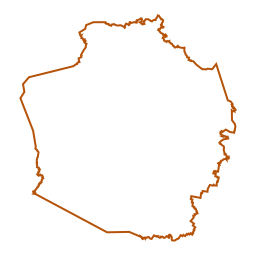 Central Highlands (Tas.), Tasmania, Australia (Mercator projection)
{"feature_id": "25037944B68362175930798", "entity_name": "Central Highlands (Tas.)", "entity_type": "district", "adm_level": 2, "iso_a3": "AUS", "parent_name": "Australia", "parent_adm1": "Tasmania", "projection": "mercator", "projection_center": [146.609, -42.197], "detail": "fine", "context": "isolated", "style": "outline", "palette": "amber", "viewbox_px": 256, "rotation_deg": 0, "n_neighbors": 0, "source": "geoboundaries", "source_scale": "gbopen_adm2", "svg_char_len": 5772}
<svg xmlns="http://www.w3.org/2000/svg" viewBox="0 0 256 256"><path d="M149.9,21.3L150.2,20.9L150.0,20.3L148.1,19.2L145.7,19.3L145.2,20.2L144.3,20.7L143.6,21.5L143.8,22.3L144.2,22.3L144.1,23.4L144.4,23.9L143.6,24.2L143.0,23.9L142.6,24.2L142.4,23.7L141.3,23.6L141.2,23.1L139.9,22.3L141.1,22.2L142.0,19.5L141.6,18.4L140.7,18.4L140.0,19.1L138.2,20.0L136.8,20.2L136.0,21.7L137.0,22.2L136.7,22.7L134.0,22.2L131.5,22.9L130.4,22.2L129.7,22.1L129.5,22.4L129.8,23.5L129.3,23.8L129.6,24.0L129.5,24.5L129.0,25.0L129.3,25.8L128.4,24.6L126.1,23.6L125.4,24.6L125.4,25.1L124.9,26.0L124.9,27.5L125.3,28.3L124.3,27.5L123.7,26.6L120.4,25.2L117.6,25.6L115.2,24.9L113.9,24.0L113.1,24.5L112.0,24.4L111.5,24.9L111.3,25.7L109.4,25.2L108.9,24.9L109.0,24.3L108.6,24.0L106.0,23.7L105.3,23.0L105.7,22.5L105.1,22.2L93.4,22.2L86.2,25.1L85.2,28.9L79.4,32.4L79.8,34.0L80.2,34.2L80.2,34.7L80.7,35.4L80.3,35.1L80.3,35.4L80.8,36.1L81.1,35.9L80.9,36.3L82.2,37.9L81.8,38.2L82.7,38.5L82.9,39.1L83.8,39.9L83.6,40.1L83.8,40.5L84.2,40.4L84.2,40.0L83.9,39.9L84.2,39.7L84.0,39.4L84.8,39.4L84.8,39.9L84.6,40.0L85.0,40.4L84.8,40.4L84.9,40.8L84.4,40.6L84.6,41.2L84.2,40.9L84.0,41.2L84.3,42.4L86.3,43.8L86.1,43.9L85.7,47.4L83.6,50.3L81.0,55.0L81.2,55.8L81.5,55.9L81.1,56.7L81.3,57.1L78.6,58.4L79.0,60.3L78.8,60.7L79.5,62.0L79.1,62.2L78.8,61.8L77.0,63.3L77.1,64.0L75.3,64.6L74.8,65.3L73.4,65.9L73.3,66.2L29.0,77.2L23.0,84.2L24.4,91.9L20.4,98.2L33.1,130.7L35.8,146.9L35.4,148.3L35.7,149.1L37.0,149.9L37.4,151.0L38.0,151.3L38.5,152.3L37.8,157.1L37.2,157.7L37.1,159.0L36.7,159.9L37.1,162.8L36.8,162.9L37.1,163.4L36.8,164.4L37.2,165.7L37.0,167.2L38.8,167.7L39.0,168.2L38.7,168.9L39.8,169.4L39.1,170.3L39.4,171.1L39.2,171.6L38.2,172.0L38.4,173.3L37.8,173.5L37.2,174.4L38.4,175.6L38.8,175.2L39.6,175.4L40.3,174.7L40.9,175.4L41.9,175.2L42.4,175.5L42.3,176.2L43.0,177.1L42.8,177.6L43.0,177.9L42.3,178.0L43.0,179.5L42.7,179.2L41.7,179.9L41.8,180.5L41.2,181.7L41.6,181.8L41.6,182.2L40.7,183.1L40.2,182.9L40.1,183.4L39.6,183.3L39.4,183.8L38.8,184.1L38.5,185.4L38.9,185.3L38.5,186.3L37.9,187.1L37.2,187.2L36.3,189.2L35.4,189.8L35.0,191.1L34.7,190.9L33.1,191.5L33.5,192.8L34.5,192.3L35.2,192.9L34.8,193.4L34.1,193.3L33.6,193.7L35.4,194.0L107.1,232.3L129.2,231.9L140.0,236.5L140.4,236.6L140.4,236.1L141.2,236.7L141.1,237.0L142.1,237.6L142.0,238.4L142.6,239.0L142.8,238.8L142.6,238.1L142.9,237.7L143.9,238.6L144.2,238.5L143.9,238.0L144.8,237.5L145.6,237.8L145.7,238.2L146.0,237.6L147.1,237.6L148.1,236.9L149.0,237.2L149.9,238.5L151.6,238.9L154.0,235.4L154.9,236.0L156.5,236.1L155.9,236.4L156.2,236.6L157.7,236.3L158.3,237.1L159.5,237.4L159.8,237.8L160.3,237.7L160.7,236.9L161.1,237.2L161.7,236.7L162.5,236.6L163.6,237.8L164.4,237.8L165.3,237.4L166.6,236.1L167.6,236.6L168.9,237.8L169.4,237.1L168.6,236.2L168.6,235.7L169.1,234.9L169.8,234.6L170.4,235.0L171.6,236.7L171.8,237.7L171.6,239.0L172.0,240.3L173.9,240.6L175.0,240.4L177.4,238.8L178.4,238.7L180.8,235.1L182.5,236.2L183.4,234.9L185.1,236.1L186.6,234.1L187.4,234.7L188.3,233.6L189.5,234.5L190.5,233.2L192.2,234.7L193.2,233.1L192.6,232.7L194.1,230.7L193.7,230.4L194.3,229.5L193.9,229.2L195.3,227.3L192.8,225.5L194.0,223.7L190.6,221.1L193.6,217.7L193.3,215.7L194.7,215.6L195.5,214.4L195.1,214.1L197.5,213.4L197.3,212.9L196.9,213.1L196.6,212.2L197.1,212.1L196.9,211.4L196.6,211.5L195.8,208.8L195.2,209.0L194.4,208.5L194.5,207.3L193.7,207.1L193.8,206.6L192.4,206.0L193.0,202.7L191.8,202.5L192.4,199.5L190.8,199.2L191.3,196.2L200.5,197.9L201.2,193.0L202.2,193.2L202.6,191.0L207.5,191.7L207.8,188.8L209.8,185.0L213.1,185.6L213.7,184.8L214.2,185.4L216.7,185.6L216.7,183.7L217.1,181.6L217.7,181.8L218.8,177.6L217.3,177.4L217.4,176.7L215.3,176.3L215.7,174.0L214.4,173.7L215.1,173.2L213.4,172.9L213.6,172.2L214.1,171.2L214.9,171.4L215.0,171.0L218.1,171.6L219.0,165.2L219.5,165.1L218.8,164.0L219.5,163.6L219.0,163.2L218.4,163.6L218.1,163.3L219.6,162.4L219.8,162.7L220.7,162.5L221.0,160.8L222.2,160.5L223.9,159.1L226.0,159.0L226.6,159.7L226.4,157.9L227.3,157.9L228.2,158.7L228.8,158.3L228.9,157.8L228.5,157.4L228.6,156.6L227.0,156.8L226.0,154.8L225.1,154.6L225.4,154.0L224.6,153.8L224.9,153.3L224.3,152.5L224.0,150.6L223.6,149.9L224.1,147.5L223.7,146.3L221.1,144.5L221.1,144.1L219.8,143.7L219.4,142.6L221.3,140.8L223.5,139.4L228.2,138.5L227.6,136.7L226.2,137.0L224.1,136.4L223.4,136.8L222.8,136.6L224.7,136.1L220.7,134.6L221.0,132.9L220.3,132.8L220.5,131.8L221.7,131.0L222.4,132.0L225.8,129.6L230.0,132.0L234.2,132.7L234.4,130.6L234.7,130.6L235.4,126.6L235.0,124.3L232.0,120.1L231.8,110.5L232.8,111.5L233.9,110.9L234.5,111.3L234.4,110.5L235.3,111.1L234.8,110.4L235.6,109.9L233.9,107.5L233.0,108.0L232.1,106.4L232.7,106.1L231.7,104.7L232.6,104.1L230.8,101.6L227.8,100.3L216.2,64.1L212.2,69.2L207.6,68.7L206.0,69.5L204.4,69.1L202.4,69.3L196.3,64.6L193.4,61.3L190.6,60.9L190.7,60.3L188.6,60.0L189.0,57.6L187.1,57.3L186.8,55.7L185.5,54.4L185.4,53.4L184.5,51.7L184.3,49.1L184.6,47.9L184.4,47.6L183.5,47.9L180.8,47.7L178.8,47.0L177.9,45.9L177.4,46.5L177.6,46.9L177.5,47.1L176.7,46.6L175.6,47.4L174.6,47.5L173.8,46.0L173.2,45.9L172.8,45.4L172.2,44.0L171.1,43.7L170.6,42.9L169.6,42.5L169.4,41.2L168.9,41.6L168.5,41.2L167.0,41.1L166.7,41.7L166.4,41.3L165.4,41.4L164.1,40.6L164.2,39.9L163.9,39.4L163.4,38.4L162.7,38.1L162.9,37.5L164.1,36.6L165.5,37.0L165.9,36.1L166.6,36.2L166.6,35.8L165.4,34.4L163.8,35.2L163.0,34.8L162.9,33.8L160.7,32.9L160.2,31.9L159.6,31.7L159.0,30.3L158.4,30.1L158.6,29.8L158.0,28.7L159.2,29.5L159.9,29.2L160.7,27.7L161.9,27.1L162.2,27.6L162.7,27.3L163.4,27.4L163.5,27.0L161.2,25.7L161.3,25.2L160.9,24.8L161.1,24.5L161.8,24.7L162.0,22.9L162.8,22.0L163.1,20.2L162.1,19.3L161.2,19.3L161.2,18.6L160.4,18.1L158.9,15.7L157.8,15.4L157.3,17.0L155.7,19.1L155.7,19.9L155.0,20.1L154.2,19.9L153.3,20.2L151.9,21.4L150.8,20.8L149.9,21.3Z" fill="none" stroke="#b45309" stroke-width="2"/></svg>